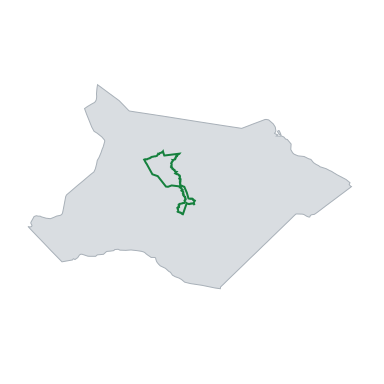 location of Isiolo North, Eastern, Kenya, rotated 279°
{"feature_id": "3690345B29935700450408", "entity_name": "Isiolo North", "entity_type": "district", "adm_level": 2, "iso_a3": "KEN", "parent_name": "Kenya", "parent_adm1": "Eastern", "projection": "equal_earth", "projection_center": [38.187, 1.182], "detail": "fine", "context": "in_parent", "style": "outline", "palette": "green", "viewbox_px": 384, "rotation_deg": 279, "n_neighbors": 0, "source": "geoboundaries", "source_scale": "gbopen_adm2", "svg_char_len": 7752}
<svg xmlns="http://www.w3.org/2000/svg" viewBox="0 0 384 384"><g transform="rotate(279 192 192)"><path d="M100.9,235.1L100.8,229.9L101.4,216.5L101.3,204.8L101.8,198.9L104.0,195.2L105.0,192.5L105.7,188.7L106.8,185.7L109.4,183.2L109.8,181.8L112.5,177.6L114.1,172.2L115.4,170.4L116.9,168.7L118.0,167.8L119.7,166.9L121.1,166.4L121.4,166.0L121.5,165.1L121.0,161.8L121.6,160.7L122.6,158.5L123.7,156.4L124.6,155.1L125.2,153.7L125.5,151.4L125.5,149.7L125.5,147.0L125.2,140.8L124.0,135.7L123.3,129.9L123.9,128.0L123.0,124.6L122.5,124.4L121.8,123.7L120.8,120.5L120.1,117.6L119.7,116.8L116.6,114.3L115.1,108.3L113.4,106.9L112.5,101.0L112.3,99.3L113.3,93.3L113.2,92.0L112.2,90.7L109.3,89.4L107.0,87.0L107.3,86.1L107.5,85.2L106.2,84.6L102.7,74.5L107.3,68.3L111.9,62.1L117.9,54.3L123.3,47.1L128.0,40.9L132.3,35.4L132.1,36.4L132.2,37.8L132.7,38.7L133.5,39.3L134.7,38.7L135.8,37.8L136.8,37.6L143.1,39.9L144.2,41.9L144.1,44.1L144.4,45.7L143.9,47.2L143.3,52.0L143.5,56.4L145.4,59.6L147.1,62.2L148.4,65.7L149.4,66.8L150.8,67.4L155.1,67.6L161.5,67.8L167.7,68.0L168.2,68.1L169.6,68.6L175.2,73.4L180.4,77.8L184.8,81.7L189.1,85.4L193.3,89.0L196.5,92.0L199.7,92.9L204.8,93.4L208.4,93.5L211.7,94.8L216.6,96.0L220.3,96.6L222.5,97.2L228.6,97.9L229.6,97.5L232.4,94.2L235.4,88.8L236.6,85.8L240.5,82.8L247.4,78.7L252.2,75.8L257.6,72.8L260.1,75.4L263.5,79.5L265.0,81.5L266.2,82.4L268.0,83.0L270.3,83.0L271.5,82.9L274.0,82.3L279.8,81.9L283.2,81.9L280.4,87.3L277.0,93.8L270.8,105.8L266.1,112.1L262.5,116.8L262.2,117.7L262.2,123.0L262.3,135.9L262.4,161.9L262.4,187.8L262.5,213.7L262.6,226.7L262.6,231.1L265.7,236.5L268.8,241.8L272.8,248.9L275.0,252.7L275.3,253.9L275.2,256.5L271.9,261.7L269.1,264.1L265.5,265.3L264.4,265.1L262.9,264.3L262.4,265.6L261.9,267.6L261.1,267.1L260.5,266.6L260.9,270.1L261.3,271.8L260.7,274.1L258.9,276.2L258.8,277.9L254.9,282.4L249.4,282.9L246.5,285.2L245.3,287.0L244.3,291.0L244.6,297.2L243.1,301.9L242.8,304.3L240.0,307.4L238.7,310.2L237.8,313.1L237.0,314.3L236.0,320.8L234.7,324.7L234.4,326.0L234.0,327.1L233.0,329.4L232.4,331.0L231.9,332.0L228.5,342.1L225.9,346.6L223.9,346.1L222.5,347.8L222.4,348.6L221.7,348.2L220.0,346.5L216.5,343.1L213.0,339.7L209.5,336.3L206.0,332.9L202.5,329.5L199.0,326.1L195.4,322.7L191.9,319.3L189.9,317.3L189.0,316.2L188.3,313.8L187.9,313.2L187.0,312.5L185.9,312.3L185.6,311.9L185.6,310.8L186.0,309.1L187.3,306.0L187.4,304.2L187.1,302.1L186.7,298.8L186.4,298.0L184.1,296.2L179.2,292.6L174.3,288.9L169.5,285.3L164.6,281.6L159.7,277.9L154.8,274.3L150.0,270.6L145.1,267.0L140.2,263.3L135.4,259.6L130.5,256.0L125.6,252.3L120.8,248.7L115.9,245.0L111.0,241.3L106.1,237.7L104.3,236.3L102.7,235.1L100.9,235.1ZM262.9,270.7L262.1,271.0L262.5,269.2L265.0,267.0L266.0,267.5L266.2,268.0L266.2,268.5L265.7,268.9L262.9,270.7Z" fill="#d9dde1" stroke="#a8b0b8" stroke-width="1"/><path d="M216.5,139.7L213.6,141.9L212.7,142.8L203.3,150.1L202.3,155.7L193.3,165.4L193.4,167.5L195.3,170.9L195.6,179.5L196.4,180.2L196.4,179.8L196.5,179.6L196.9,179.3L197.2,179.2L197.5,179.1L197.7,179.3L197.8,179.4L198.0,179.3L198.2,178.9L198.4,178.8L198.5,178.8L199.0,178.9L199.3,178.6L199.7,178.8L200.1,178.6L200.2,178.9L200.4,178.9L200.6,178.7L200.9,178.8L201.1,178.9L201.5,178.8L201.9,178.3L202.1,178.5L202.3,178.4L202.7,178.7L202.8,178.7L203.0,178.0L203.1,177.9L203.2,178.3L203.5,178.1L203.5,177.9L203.5,177.7L203.7,177.8L203.8,177.6L204.0,177.7L204.3,177.6L204.5,177.6L204.8,177.7L205.3,177.7L205.6,177.3L205.8,177.4L205.8,177.5L206.0,177.5L206.3,177.3L206.3,177.2L206.5,176.9L206.5,176.6L206.6,176.2L207.0,176.0L207.3,175.4L207.3,175.0L207.4,174.9L207.4,174.7L207.3,174.4L207.4,174.2L207.5,173.9L207.4,173.8L207.5,173.6L207.5,173.3L207.7,172.7L207.8,172.8L207.9,172.7L208.1,172.8L208.3,172.8L208.5,172.8L208.5,173.0L208.8,173.0L208.9,172.9L209.0,173.0L209.0,172.9L209.3,172.9L209.4,172.7L209.5,172.8L209.5,172.6L209.5,172.4L209.6,172.2L209.8,172.1L209.8,171.9L210.2,171.7L210.4,171.4L210.5,171.4L210.6,171.2L210.8,171.3L211.0,171.3L211.1,171.1L211.1,170.7L211.2,170.2L211.3,170.1L211.4,170.3L211.5,170.2L211.5,169.6L211.6,169.4L211.8,169.4L211.8,169.2L212.0,169.2L212.3,168.8L212.6,168.7L212.7,168.4L212.9,168.5L213.0,168.3L213.2,168.0L213.3,168.0L213.3,167.9L213.5,168.0L213.7,167.7L213.9,167.7L214.0,167.5L214.1,167.4L214.2,167.5L214.7,167.4L215.1,167.7L215.3,167.7L215.7,167.2L215.6,167.3L215.8,167.5L216.0,167.6L216.4,167.5L216.6,167.2L216.8,167.0L217.0,167.1L217.3,167.1L217.6,167.1L217.8,167.3L218.0,167.2L218.3,167.3L218.4,167.5L218.9,167.8L219.3,167.8L219.5,168.0L220.0,168.0L220.1,168.3L220.4,168.3L220.5,168.2L220.5,168.4L220.7,168.5L220.8,168.8L221.0,169.1L221.4,169.4L221.5,169.5L221.4,169.7L221.6,170.2L221.8,170.3L222.1,170.3L222.3,170.2L222.4,170.3L222.5,170.2L222.9,170.3L223.0,170.4L223.4,170.3L223.7,170.6L223.9,170.5L224.2,170.6L224.7,171.0L224.8,171.2L225.0,171.0L225.3,171.5L225.5,171.6L225.9,171.6L226.1,171.7L226.3,171.9L227.0,172.7L227.6,173.1L227.7,173.5L227.9,173.6L223.7,159.0L223.7,158.9L225.8,157.8L227.6,157.0L227.4,156.9L226.8,156.3L226.6,156.3L226.4,156.2L226.4,155.9L226.2,155.8L226.1,155.6L226.0,155.4L225.4,154.2L225.2,153.8L224.9,153.6L224.7,153.5L224.6,153.2L224.4,153.3L224.4,152.9L224.2,153.0L223.8,152.7L223.6,152.3L223.3,152.3L223.0,152.0L222.2,151.7L221.4,150.0L221.4,149.8L221.3,149.2L221.0,148.5L220.6,147.7L220.6,147.2L220.3,146.6L220.0,146.2L219.7,146.0L219.5,145.7L219.3,145.7L219.2,145.5L219.0,145.3L218.7,145.0L218.7,144.6L218.4,144.3L218.0,143.4L217.7,143.0L217.4,142.6L217.2,142.5L217.1,141.9L217.2,141.5L217.0,141.1L217.0,140.6L216.5,139.7ZM184.4,194.2L185.0,194.2L185.5,193.4L185.3,191.9L185.0,191.9L185.0,191.6L185.0,190.1L185.1,189.5L190.5,187.0L195.9,183.6L196.0,183.4L196.0,182.6L196.1,182.2L196.3,181.9L196.4,181.6L196.5,181.3L196.4,180.9L196.4,180.5L196.3,180.4L196.4,180.2L195.7,180.3L195.6,180.2L195.2,179.9L195.0,179.7L194.9,179.7L194.7,179.6L194.7,179.9L194.5,180.0L194.4,180.3L194.2,180.3L193.9,181.0L193.6,181.1L193.5,181.3L193.3,181.4L192.9,182.0L192.7,182.1L192.6,182.3L192.4,182.1L192.3,181.8L192.1,181.9L192.0,181.6L191.7,181.4L191.6,181.6L191.6,181.8L191.1,182.3L190.9,182.7L191.0,183.0L190.7,183.4L190.0,183.5L189.8,183.6L189.6,183.4L189.4,183.4L189.0,183.6L188.8,183.4L188.7,183.5L188.5,183.9L188.4,183.9L188.2,184.1L188.0,183.9L187.9,183.7L187.5,183.8L187.3,184.0L187.2,184.5L186.9,184.7L186.5,184.8L186.4,185.1L186.3,185.4L186.2,185.5L186.2,185.8L185.9,185.8L185.5,186.1L185.3,186.0L185.1,186.2L185.0,186.5L184.9,186.6L184.6,186.7L184.4,186.7L184.1,186.5L183.8,186.8L183.6,186.7L183.4,186.8L183.3,186.7L183.2,186.6L182.9,186.4L182.9,186.2L182.6,186.1L182.4,186.0L182.2,186.2L181.9,186.4L181.7,186.3L181.4,186.4L181.0,186.4L180.6,186.5L180.2,186.2L180.0,185.8L179.8,185.8L179.7,185.1L179.5,184.6L179.5,184.4L179.2,184.2L179.1,183.7L178.6,182.6L178.5,182.1L178.3,181.8L178.3,181.6L177.9,181.3L177.5,180.8L177.3,180.8L176.7,181.5L176.4,181.4L176.2,181.3L175.8,181.4L175.7,181.3L175.4,181.4L175.4,181.1L175.1,181.1L175.1,180.9L174.7,180.9L174.6,180.7L174.5,180.4L174.3,180.2L174.2,180.3L174.1,180.1L173.3,180.3L173.2,180.7L171.9,181.1L171.6,181.2L171.2,181.3L170.9,181.4L170.5,181.4L170.2,181.1L170.1,181.3L170.1,181.7L170.0,182.0L170.0,183.5L169.9,183.9L169.7,183.9L169.7,184.3L169.6,184.8L169.3,184.9L169.2,185.1L169.1,185.5L169.0,185.4L168.9,185.6L168.7,185.8L168.6,186.1L168.6,186.5L180.1,188.5L179.9,188.8L179.9,189.0L179.9,189.3L179.9,189.6L179.8,189.9L179.6,190.1L179.6,190.6L179.7,190.9L179.7,191.5L180.0,191.7L180.1,192.1L180.1,192.4L180.3,192.6L180.3,193.1L180.4,193.3L180.6,193.3L180.6,194.2L180.7,194.5L180.7,195.0L180.7,195.3L180.5,195.6L180.5,195.8L180.3,195.8L180.2,195.9L180.3,196.0L180.8,195.5L180.8,195.2L181.5,195.1L182.3,195.6L183.9,196.2L184.2,195.6L184.2,195.2L184.2,194.8L184.2,194.7L184.3,194.4L184.4,194.2Z" fill="none" stroke="#15803d" stroke-width="2"/></g></svg>